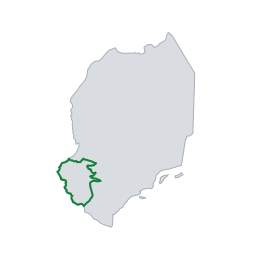 United Republic of Tanzania, with Ruvuma highlighted, rotated 59°
{"feature_id": "TZA-3389", "entity_name": "Ruvuma", "entity_type": "Region", "adm_level": 1, "iso_a3": "TZA", "parent_name": "United Republic of Tanzania", "parent_adm1": "", "projection": "natural_earth1", "projection_center": [36.042, -10.46], "detail": "fine", "context": "in_parent", "style": "outline", "palette": "green", "viewbox_px": 256, "rotation_deg": 59, "n_neighbors": 0, "source": "natural_earth", "source_scale": "10m", "svg_char_len": 7257}
<svg xmlns="http://www.w3.org/2000/svg" viewBox="0 0 256 256"><g transform="rotate(59 128 128)"><path d="M101.1,176.5L98.9,175.1L96.9,174.3L95.2,173.3L94.4,172.5L92.9,172.1L91.5,172.0L90.3,171.1L87.7,170.8L87.4,170.3L87.4,169.0L86.9,168.7L86.0,168.4L85.0,168.4L84.4,168.6L84.0,168.5L83.2,167.8L82.4,166.9L82.1,165.4L80.9,164.4L79.6,163.7L75.8,163.8L75.2,163.5L74.3,162.8L73.3,161.6L72.4,160.2L71.7,158.3L70.9,155.7L66.6,145.4L66.1,143.5L65.3,141.3L63.9,138.7L62.4,136.7L60.4,135.0L58.2,133.2L57.0,132.0L54.6,127.2L54.1,124.9L53.8,122.6L53.9,121.6L55.4,118.6L55.5,117.8L55.3,116.6L54.6,114.2L53.7,111.3L51.8,106.0L51.6,104.6L51.6,103.6L52.7,98.2L52.7,97.5L57.0,97.6L60.1,95.2L62.9,91.7L63.4,90.2L64.5,88.0L65.6,86.8L66.0,86.1L66.7,83.8L68.1,82.3L69.5,81.1L69.2,80.3L69.4,80.0L70.2,79.3L71.7,78.8L72.0,77.6L72.0,76.3L71.7,75.5L71.8,74.7L71.5,74.2L70.6,74.1L69.1,73.4L67.9,73.1L67.1,72.7L66.8,72.4L66.6,71.6L67.3,69.6L66.6,68.7L68.1,65.3L68.4,64.9L69.0,64.8L69.8,64.5L70.6,64.3L71.3,64.4L71.8,64.3L72.2,63.9L72.6,62.7L72.9,60.8L72.7,59.2L72.1,58.0L71.9,56.1L72.2,53.6L72.0,51.6L71.3,49.9L70.6,48.9L69.5,48.4L67.8,45.9L67.3,44.7L67.3,43.9L67.9,43.6L69.0,43.7L70.0,43.4L71.0,42.7L71.9,42.5L72.4,42.6L115.5,42.6L165.9,75.1L166.1,75.5L166.5,78.3L166.5,79.3L165.7,80.9L165.4,81.7L165.4,82.3L165.6,82.6L166.3,82.6L166.9,83.0L167.1,83.3L167.5,84.5L168.0,85.2L187.2,101.1L187.6,101.4L187.3,102.7L186.2,105.9L186.2,107.3L185.8,108.9L185.3,109.9L184.2,114.5L183.3,116.2L182.0,120.2L181.8,123.3L182.5,125.4L182.8,127.5L184.3,129.4L185.4,130.1L186.2,131.0L187.6,133.1L188.5,135.2L191.0,136.2L192.0,138.5L191.6,140.1L190.4,141.4L189.3,143.5L188.4,146.4L188.4,150.6L189.0,150.0L190.4,151.0L190.5,154.2L189.1,157.9L188.7,159.6L188.6,161.1L189.6,165.5L191.1,167.8L191.0,168.5L190.6,169.1L193.2,173.0L193.0,176.5L194.0,179.2L194.4,181.5L195.0,183.3L195.1,184.5L194.3,185.9L196.2,186.2L197.3,187.4L197.9,188.4L199.2,188.4L200.0,189.1L201.0,189.7L203.4,191.5L204.0,192.4L204.4,193.3L197.9,199.0L195.6,200.4L193.9,201.1L192.1,201.5L190.4,202.4L188.8,203.8L186.7,204.5L184.2,204.5L181.6,205.5L177.4,208.4L175.0,206.8L173.1,206.3L170.9,206.3L169.6,206.5L169.1,206.9L168.7,207.9L168.3,209.5L166.9,211.1L164.4,212.6L162.1,213.2L160.0,212.8L158.6,212.1L157.8,211.3L156.7,210.9L155.3,210.9L153.9,211.6L152.5,212.7L150.4,213.2L147.5,213.1L145.9,212.5L145.7,211.5L144.5,210.4L142.1,209.1L140.4,209.1L139.3,210.3L138.3,211.1L137.4,211.4L136.6,211.5L135.4,211.1L132.2,211.0L129.1,211.0L128.8,209.2L128.2,208.1L127.6,207.4L126.6,207.3L126.3,206.8L125.9,205.6L125.4,204.7L124.7,203.9L124.3,203.1L124.1,202.4L124.3,201.7L124.9,199.8L125.1,198.5L125.0,197.2L124.7,195.9L123.9,194.3L124.0,193.8L123.8,192.7L123.7,191.9L123.9,191.0L123.7,189.7L123.1,187.1L123.1,186.4L122.5,185.1L120.4,182.0L120.3,181.6L117.1,178.5L115.9,177.9L115.4,178.4L115.2,179.0L115.4,180.0L115.3,180.4L115.2,180.7L114.4,180.6L113.9,180.5L112.7,179.7L111.8,179.5L109.5,179.6L108.6,179.8L108.0,179.6L106.8,178.2L105.3,177.9L104.0,177.9L101.9,176.3L101.1,176.5ZM191.3,125.0L192.4,128.3L192.3,129.0L191.5,129.4L191.1,129.4L190.7,128.9L190.3,127.7L189.8,128.0L188.8,126.6L187.9,126.6L187.0,124.9L187.4,123.5L187.2,121.1L188.2,119.8L188.8,117.8L189.4,119.2L189.6,121.4L190.5,124.0L191.3,125.0ZM196.4,104.8L196.5,105.6L196.3,106.3L196.4,108.7L196.3,110.3L195.5,112.5L194.8,113.3L194.3,113.1L193.8,112.7L193.4,112.1L194.2,108.1L193.8,105.1L195.3,105.4L196.4,104.8ZM194.2,153.7L193.5,153.9L193.2,153.7L192.7,153.0L193.5,152.4L194.3,151.3L196.1,149.7L196.9,148.4L196.8,149.7L195.8,152.4L194.9,152.6L194.2,153.7Z" fill="#d9dde1" stroke="#a8b0b8" stroke-width="1"/><path d="M124.3,195.2L124.2,195.1L124.1,194.9L124.0,194.7L123.9,194.5L123.9,194.4L124.3,194.3L124.6,194.5L125.0,194.4L125.4,194.2L126.6,193.3L127.2,192.3L128.2,191.8L129.4,190.7L129.5,189.7L129.8,189.2L130.3,189.1L130.8,189.1L131.3,188.9L131.4,188.4L132.6,186.6L132.5,185.5L131.9,184.6L132.0,183.8L131.8,183.3L131.4,182.9L131.2,182.5L131.3,182.1L131.8,181.8L132.8,181.3L134.1,179.7L135.0,179.1L136.2,177.9L136.7,177.5L137.1,177.0L137.6,176.6L138.3,176.2L138.8,175.8L139.2,175.4L139.7,175.2L140.3,175.0L141.1,174.1L142.0,173.0L141.9,173.3L141.9,173.5L142.0,173.9L142.0,175.0L142.2,175.5L142.4,176.1L142.2,176.9L141.7,177.5L141.4,178.0L141.4,178.5L141.5,178.8L141.4,179.1L140.9,179.8L140.3,180.9L140.1,181.2L139.8,181.2L139.6,181.4L139.5,182.3L140.1,182.9L142.0,182.8L142.5,182.9L143.0,182.8L143.2,182.5L143.3,182.1L143.9,181.5L144.5,181.3L144.5,181.5L144.8,181.7L145.2,181.9L146.4,181.6L147.2,181.7L148.3,181.5L148.8,181.0L149.4,180.1L149.5,179.7L149.5,178.9L149.8,178.9L150.1,179.2L150.1,179.7L150.5,180.9L151.1,182.1L150.6,183.4L149.9,184.5L150.2,185.3L151.2,185.2L152.4,184.4L153.5,183.3L154.3,182.3L155.2,181.3L156.3,180.5L156.7,180.3L158.0,179.2L159.0,178.9L158.8,179.9L158.5,180.8L157.9,181.8L156.8,183.1L155.7,184.3L155.3,185.2L155.2,186.1L155.3,187.3L155.3,188.4L155.9,189.1L159.2,190.6L166.8,192.7L167.5,193.2L167.9,193.5L168.3,193.8L168.6,194.5L168.7,194.9L168.8,195.2L169.2,195.9L169.4,196.7L169.6,197.1L169.9,197.5L170.6,198.9L171.0,202.2L172.0,205.9L171.6,205.9L170.9,206.1L170.7,206.2L170.6,206.3L170.1,206.3L169.8,206.4L169.0,206.9L168.9,207.1L168.8,207.3L168.6,208.0L168.5,208.5L168.2,209.2L168.1,209.5L168.3,209.9L168.3,210.1L168.2,210.3L168.0,210.5L167.7,210.7L166.7,211.2L166.1,211.8L165.9,212.0L165.6,212.0L165.1,212.0L164.8,212.1L164.3,212.4L164.1,212.5L163.9,212.6L163.8,212.8L163.7,213.0L163.4,213.3L163.2,213.4L162.8,213.4L162.2,213.1L161.8,212.8L161.7,212.7L161.4,212.8L161.2,212.9L160.7,213.0L160.1,212.9L158.9,212.6L158.5,212.3L158.0,211.9L157.6,211.3L157.4,210.8L157.2,211.0L155.7,211.3L155.5,211.2L155.2,211.0L154.9,211.0L154.8,210.9L154.5,211.0L153.9,211.8L153.5,212.5L153.4,212.6L152.8,212.9L152.6,213.0L152.1,213.3L151.9,213.3L151.0,213.5L150.8,213.5L150.4,213.3L150.4,213.2L150.2,212.8L150.1,212.7L148.5,212.7L148.4,212.7L148.4,212.8L147.8,212.9L147.3,213.1L147.1,213.1L146.8,212.9L146.6,212.9L146.1,213.0L145.9,212.9L145.8,212.6L145.7,212.3L145.8,212.0L145.7,211.7L145.7,211.4L145.6,211.1L145.4,210.9L145.2,210.8L145.1,210.7L144.9,210.5L144.6,210.5L144.4,210.4L143.9,210.0L143.6,209.9L143.4,209.9L143.2,210.0L142.9,209.8L142.8,209.5L142.9,209.2L142.7,208.9L142.0,208.8L141.9,208.7L141.5,208.5L141.0,208.4L140.8,208.6L140.3,209.2L140.1,209.4L139.4,209.5L139.2,209.7L139.3,210.1L139.1,210.2L139.0,210.4L138.8,210.6L138.7,211.0L137.9,211.3L137.5,211.5L137.3,211.4L137.1,211.3L136.9,211.3L136.9,211.6L136.7,211.5L136.7,211.3L136.6,211.2L136.4,211.1L136.1,211.3L135.7,211.3L135.6,211.2L135.4,211.0L134.9,211.0L129.2,211.0L129.2,210.8L129.1,210.0L129.1,209.8L129.1,209.6L129.0,209.4L128.9,209.2L128.6,208.9L128.5,208.5L128.3,208.3L128.2,208.1L128.1,207.8L127.8,207.6L127.5,207.4L126.9,207.1L126.7,207.1L126.5,207.3L126.4,207.3L126.4,207.2L126.1,206.6L126.3,206.4L126.1,206.1L125.9,205.9L125.8,205.6L125.8,205.2L125.7,205.1L125.7,204.9L125.3,204.8L125.2,204.7L125.1,204.4L124.5,203.7L124.4,203.5L124.3,203.1L124.1,202.4L124.1,202.1L124.1,201.7L124.4,201.3L124.5,201.1L124.8,200.4L124.8,199.6L125.0,198.6L124.9,198.2L125.0,198.0L125.2,197.9L125.2,197.7L124.9,197.4L124.8,197.2L125.0,196.8L125.0,196.5L124.9,196.2L124.6,195.8L124.5,195.7L124.5,195.4L124.5,195.2L124.4,195.2L124.3,195.2Z" fill="none" stroke="#15803d" stroke-width="2"/></g></svg>